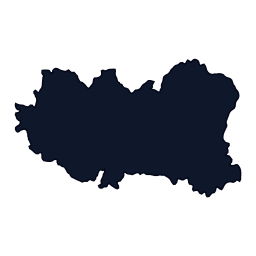 Crisólita, Minas Gerais, Brazil
{"feature_id": "56859067B35092176760180", "entity_name": "Crisólita", "entity_type": "district", "adm_level": 2, "iso_a3": "BRA", "parent_name": "Brazil", "parent_adm1": "Minas Gerais", "projection": "mercator", "projection_center": [-40.971, -17.242], "detail": "fine", "context": "isolated", "style": "filled", "palette": "ink", "viewbox_px": 256, "rotation_deg": 0, "n_neighbors": 0, "source": "geoboundaries", "source_scale": "gbopen_adm2", "svg_char_len": 5106}
<svg xmlns="http://www.w3.org/2000/svg" viewBox="0 0 256 256"><path d="M55.6,68.5L54.1,69.2L52.9,70.6L52.6,73.0L50.4,72.7L49.4,70.8L48.1,70.3L46.0,70.3L43.8,70.3L42.2,70.5L42.0,73.1L42.9,74.6L43.9,76.0L43.0,77.5L43.0,79.0L42.8,80.7L42.6,82.7L42.5,84.7L42.3,86.4L41.7,88.2L40.3,89.9L39.2,92.4L37.5,92.7L36.7,91.4L35.3,90.4L34.0,91.6L34.1,93.2L35.2,94.5L35.6,96.4L36.5,97.7L37.0,99.9L36.5,102.3L35.8,105.2L34.6,107.6L33.1,106.5L32.2,105.3L30.5,105.2L29.1,106.5L27.5,107.0L25.3,106.5L23.5,105.5L21.2,105.2L19.7,105.1L17.9,104.6L15.7,103.6L15.4,105.3L15.9,107.1L16.6,108.6L17.9,109.6L20.1,110.0L19.9,111.6L18.2,112.7L15.9,113.1L15.5,114.8L16.3,116.5L17.0,118.7L18.6,120.2L20.0,120.8L20.5,122.7L19.6,124.8L17.1,126.3L15.7,127.6L15.6,129.3L16.3,130.9L17.4,131.9L18.8,131.6L20.1,130.3L21.9,129.7L23.9,129.0L25.8,129.5L27.1,130.9L27.3,132.4L28.0,134.0L27.9,136.0L28.5,137.5L28.7,139.5L29.8,141.1L30.2,142.6L31.2,143.9L30.8,145.4L29.2,146.4L29.9,148.5L31.6,149.6L33.1,150.9L34.7,152.4L36.2,153.5L38.2,153.6L39.9,152.3L41.4,152.8L42.2,154.8L42.0,157.3L42.5,159.0L43.8,160.5L46.2,161.0L48.0,161.2L50.1,161.3L52.2,160.8L53.9,159.5L55.7,159.2L57.5,160.0L57.2,162.1L58.2,164.5L60.5,165.0L61.9,166.2L63.3,166.7L64.7,166.8L65.3,168.3L66.5,170.1L67.5,172.2L68.7,173.3L70.0,173.9L70.5,175.4L71.5,176.8L73.3,177.7L75.0,178.5L76.3,179.2L78.4,180.1L80.5,181.0L82.1,181.9L84.1,181.2L85.6,181.2L87.3,181.2L88.9,179.6L91.0,179.5L92.2,180.4L93.9,180.7L95.5,178.9L95.8,176.7L97.3,175.6L97.7,173.8L98.2,172.2L99.4,170.2L100.9,169.7L102.7,170.4L104.5,169.3L104.7,172.3L103.5,174.2L103.1,176.5L101.9,179.0L101.1,181.0L101.6,183.8L100.0,184.9L98.6,185.7L99.4,187.5L101.1,188.1L102.6,187.7L103.8,186.6L105.9,186.8L107.1,186.0L107.5,184.6L108.5,183.5L110.2,184.1L111.6,185.5L113.7,186.8L115.5,188.0L117.2,188.7L118.5,187.9L118.3,185.8L117.1,183.7L117.3,181.6L119.0,181.1L120.4,180.8L121.6,178.9L123.0,177.3L123.7,175.5L123.6,172.7L125.5,172.0L126.5,173.2L128.1,173.8L130.6,174.1L132.3,174.5L134.3,173.6L136.8,172.5L138.9,172.8L140.2,174.3L141.9,173.1L144.3,172.7L145.8,174.0L147.3,174.4L148.9,174.3L150.5,174.4L152.4,174.8L154.6,175.3L157.6,175.3L159.2,174.8L160.9,174.9L162.4,175.1L164.0,174.9L165.6,175.8L167.6,176.9L169.2,178.1L170.3,179.2L171.1,180.5L172.0,182.3L173.6,184.3L175.2,184.1L176.6,182.3L177.0,180.3L178.1,178.4L180.2,179.1L181.7,179.7L183.3,179.7L184.9,178.8L186.5,177.9L188.1,178.8L188.7,180.8L188.8,182.5L189.6,184.0L191.5,184.4L193.3,185.4L193.2,187.3L192.7,189.2L193.5,190.8L195.3,190.4L197.7,190.1L199.0,191.9L199.9,193.2L201.7,193.9L203.3,192.5L204.9,191.8L206.0,193.4L206.2,195.2L207.1,196.6L209.0,196.4L210.4,194.6L211.9,193.0L214.3,192.4L215.5,190.3L215.7,188.4L216.6,186.8L218.5,187.7L219.9,188.9L221.6,189.5L222.5,188.4L223.4,186.4L224.6,184.4L226.0,182.9L228.3,181.8L230.0,181.6L231.5,181.8L233.3,182.2L235.2,181.2L236.6,179.8L238.0,180.2L239.6,181.2L240.5,179.3L240.4,177.2L240.6,175.3L240.6,172.6L240.3,169.9L239.6,167.9L238.4,165.9L237.2,164.8L235.8,164.8L234.3,165.5L232.7,165.7L230.5,165.5L230.0,163.5L231.5,162.1L231.8,159.6L230.4,157.7L229.1,156.1L227.7,155.7L225.8,155.1L226.4,153.7L227.8,152.4L227.8,150.1L227.2,148.5L227.7,147.1L229.1,145.4L228.9,143.6L227.2,143.1L225.5,142.6L224.1,141.1L223.0,139.4L222.7,137.5L222.9,135.5L223.2,133.9L224.0,131.7L224.9,129.8L225.7,128.0L226.6,126.3L226.6,124.7L226.0,123.3L226.0,121.4L226.7,119.5L227.4,117.6L228.3,115.4L229.2,112.8L230.5,110.9L231.8,109.9L232.9,109.1L234.1,108.2L235.0,106.3L235.2,104.0L235.6,101.9L236.7,100.2L238.0,98.5L238.6,96.9L238.7,95.0L238.3,93.0L237.5,91.2L235.9,89.5L235.1,87.8L234.4,86.0L233.1,84.7L232.7,83.3L232.2,81.8L231.6,80.1L230.0,78.7L227.8,78.0L226.1,77.4L224.6,76.3L222.9,74.6L220.4,73.9L218.1,73.9L216.3,74.3L214.6,74.1L212.8,74.6L211.1,74.4L209.3,73.7L207.5,72.0L206.4,70.0L205.9,67.9L205.1,65.8L203.9,64.3L202.2,64.8L200.6,65.7L199.2,64.5L198.8,62.4L197.9,60.8L196.4,59.9L194.9,59.4L193.3,60.0L191.9,61.3L190.7,62.2L189.6,61.3L187.8,60.2L186.6,61.7L186.1,63.1L184.4,64.1L182.7,62.8L180.6,62.8L179.1,64.1L177.7,65.1L175.9,65.5L174.2,66.7L173.1,68.2L171.9,69.1L171.0,70.2L170.0,72.1L168.3,74.0L166.1,75.1L164.1,76.6L163.5,78.2L163.3,79.9L162.8,81.9L161.8,84.0L161.5,85.8L161.7,87.9L160.5,89.7L160.2,91.6L158.5,92.4L156.6,91.1L154.4,90.0L152.4,89.5L150.7,88.8L152.3,87.1L152.0,85.4L152.9,83.6L153.9,81.7L152.1,81.2L150.4,80.7L148.3,80.8L147.1,81.9L145.3,83.5L143.5,84.5L142.1,86.0L140.9,87.9L139.5,89.4L137.4,90.1L135.3,90.3L134.0,91.9L132.2,93.4L130.4,93.0L129.4,91.4L128.1,89.3L126.2,88.4L124.2,87.9L122.6,86.3L121.7,84.5L120.0,84.2L119.2,82.7L117.6,81.9L117.1,80.4L116.7,78.6L115.8,76.7L115.1,75.1L115.0,73.1L115.2,71.6L115.1,69.5L113.2,69.3L111.8,69.5L109.6,69.5L108.1,69.9L106.6,70.7L104.9,71.0L102.9,70.3L101.5,70.9L101.8,72.8L101.7,75.1L100.2,76.8L98.3,77.7L96.5,78.1L94.6,78.1L93.7,79.3L93.5,81.2L93.1,83.4L92.0,84.9L90.6,86.6L89.3,88.5L87.3,87.9L86.1,86.5L85.0,85.1L83.7,83.8L82.0,82.5L79.9,82.0L78.8,80.1L77.7,78.1L77.3,76.0L76.2,75.1L75.3,73.8L73.9,72.4L71.6,72.7L70.0,71.5L68.6,70.1L67.2,70.8L65.5,71.6L63.4,71.2L61.8,70.8L59.5,70.0L57.6,68.8L55.6,68.5Z" fill="#0f172a" stroke="#020617" stroke-width="1.5"/></svg>